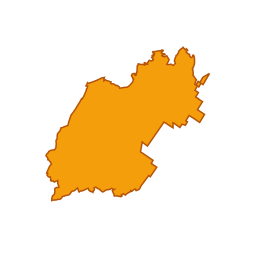 the district of Beltiug, Satu Mare, Romania, rotated 111°
{"feature_id": "2599482B21797114471165", "entity_name": "Beltiug", "entity_type": "district", "adm_level": 2, "iso_a3": "ROU", "parent_name": "Romania", "parent_adm1": "Satu Mare", "projection": "natural_earth1", "projection_center": [22.838, 47.568], "detail": "fine", "context": "isolated", "style": "filled", "palette": "amber", "viewbox_px": 256, "rotation_deg": 111, "n_neighbors": 0, "source": "geoboundaries", "source_scale": "gbopen_adm2", "svg_char_len": 5720}
<svg xmlns="http://www.w3.org/2000/svg" viewBox="0 0 256 256"><g transform="rotate(111 128 128)"><path d="M183.3,194.6L183.8,193.9L184.2,193.0L184.9,192.3L185.2,191.7L186.4,191.5L186.3,190.4L186.5,190.1L187.5,188.6L187.8,187.8L188.7,187.0L189.1,186.5L191.3,187.4L193.2,187.6L199.4,187.8L199.4,186.9L199.3,186.6L200.0,186.7L201.1,186.6L201.3,186.1L201.9,185.3L202.1,184.4L201.9,183.8L201.5,183.1L202.6,182.5L202.7,182.3L202.9,182.1L203.6,181.7L204.8,181.5L204.7,180.6L204.9,180.5L204.6,179.9L204.3,178.6L204.7,177.9L204.8,177.3L203.3,176.0L202.8,175.1L202.3,174.8L202.8,174.5L204.3,174.0L205.3,173.5L205.7,173.0L207.7,171.5L208.3,171.3L209.1,173.3L209.8,174.0L210.8,174.6L213.7,173.5L215.9,173.0L217.7,173.6L218.3,174.1L218.7,174.2L219.6,174.0L221.5,173.8L223.1,173.2L222.9,172.9L222.0,171.8L221.9,171.5L221.6,170.7L220.7,168.9L220.0,168.3L219.7,168.0L219.2,166.3L217.8,165.1L215.7,164.7L215.1,164.3L214.5,163.1L213.8,162.5L213.0,161.4L212.1,159.9L211.3,158.9L207.2,157.7L206.0,155.9L205.5,155.4L204.8,155.0L203.6,154.5L202.1,153.7L202.4,153.2L204.8,151.4L205.3,150.7L204.3,150.1L203.7,149.5L203.4,149.0L203.2,148.4L202.1,147.1L200.5,145.6L198.5,143.6L200.2,142.1L200.3,141.7L200.4,141.0L200.4,140.8L200.6,140.7L200.6,140.4L200.4,140.2L200.7,139.5L200.2,138.8L200.5,138.3L200.7,137.7L199.4,137.7L197.6,137.2L196.9,137.5L196.2,138.2L195.4,137.6L194.7,136.9L195.1,135.9L195.4,134.6L195.3,133.4L196.8,128.9L196.7,128.6L196.0,127.8L194.2,126.7L193.6,126.1L192.0,123.2L191.4,122.6L190.4,121.9L190.2,121.7L190.4,120.6L190.3,120.0L190.5,119.5L190.3,119.0L192.0,120.3L195.3,117.1L196.4,116.5L195.4,114.2L195.1,112.5L195.1,112.0L194.8,111.4L194.7,110.1L194.5,109.8L193.8,109.3L193.1,110.0L193.1,109.8L192.0,109.4L191.9,109.3L191.9,109.2L191.1,108.9L191.4,106.8L191.6,106.5L191.3,106.2L190.2,105.9L186.8,103.2L185.3,103.0L185.6,102.2L186.0,102.2L185.7,101.8L185.7,101.7L183.2,100.3L182.5,99.5L182.3,99.1L183.3,98.4L183.6,98.0L182.8,97.1L182.3,96.7L181.5,95.7L179.3,95.2L177.8,95.2L164.9,91.6L165.5,89.7L154.3,87.1L152.8,93.5L149.2,93.1L146.2,105.8L145.8,107.8L136.0,109.7L137.9,103.4L109.6,96.5L110.2,93.2L110.9,90.1L111.7,86.0L107.0,87.8L107.3,86.1L108.9,79.7L105.1,79.0L104.9,75.4L100.9,74.7L100.6,76.6L94.4,75.4L95.5,70.1L97.1,63.1L87.9,61.4L86.0,69.7L76.7,67.9L75.8,72.5L75.5,72.5L74.8,75.9L69.7,75.0L68.8,79.0L63.9,78.3L64.3,76.6L60.1,75.9L60.6,73.5L48.6,71.5L48.6,71.8L48.6,72.3L48.8,72.5L49.9,73.0L51.4,74.4L53.9,76.3L59.7,77.2L59.3,79.3L63.6,79.9L63.3,81.2L61.7,81.5L58.4,81.5L57.5,83.3L55.7,85.5L55.3,86.4L53.7,86.6L52.1,87.5L51.2,88.0L50.5,88.2L50.3,88.5L49.6,89.2L48.7,88.9L46.7,88.8L44.7,88.9L43.1,89.3L38.7,91.1L37.3,92.1L36.5,92.9L37.0,93.7L38.1,93.3L38.8,93.4L39.6,94.1L39.5,94.6L38.7,96.2L37.1,97.0L36.6,97.1L37.5,97.3L36.4,100.8L35.4,100.8L34.1,100.1L33.1,101.9L34.5,102.6L32.9,105.5L33.9,105.9L34.1,106.1L36.1,107.4L38.1,108.1L39.9,108.0L41.7,108.2L42.2,108.4L42.8,109.0L43.2,109.1L44.4,108.8L45.3,109.0L48.6,108.8L49.1,108.4L49.8,107.6L50.5,107.0L50.8,107.0L51.1,107.1L51.5,107.4L52.5,107.7L52.9,107.9L53.2,108.1L53.4,108.4L53.4,109.0L53.0,110.4L53.0,110.8L54.0,112.3L54.2,112.7L54.7,114.5L49.5,114.1L46.7,117.7L48.5,119.5L48.3,119.6L48.2,119.8L48.3,120.3L48.7,121.6L48.5,122.0L47.9,122.5L47.6,122.3L47.2,121.8L46.5,121.0L46.4,120.8L46.4,120.0L46.3,119.8L46.0,119.8L45.8,120.1L45.7,120.4L45.8,120.8L46.1,121.5L46.1,122.0L45.9,122.7L45.9,123.7L45.9,123.9L45.5,124.0L44.8,124.0L44.2,123.4L43.5,122.9L43.0,123.0L42.8,123.4L42.8,123.7L43.2,124.5L43.9,124.9L44.0,125.1L45.0,127.1L46.8,129.9L47.8,132.1L48.1,132.2L48.3,132.1L48.3,131.9L48.0,131.5L48.1,131.2L49.0,131.3L49.3,131.1L49.1,130.5L49.6,130.3L49.6,129.7L49.8,129.8L50.0,130.3L51.0,129.7L51.5,129.7L51.6,129.9L51.5,130.1L50.7,130.4L50.6,130.6L50.9,130.8L51.3,131.2L51.7,131.5L51.9,131.4L52.1,131.0L52.2,130.9L53.7,131.2L53.8,131.1L53.6,130.7L54.0,130.2L53.8,129.8L54.5,129.7L54.8,129.5L55.0,128.8L55.4,128.7L56.0,129.2L56.6,129.5L56.8,130.0L57.0,130.2L56.9,130.6L57.2,131.3L57.0,131.9L57.1,132.2L57.5,132.6L57.9,132.7L59.1,132.5L59.3,132.6L59.5,133.1L59.9,133.3L60.5,133.1L61.3,132.6L61.5,132.5L61.7,133.1L61.3,133.7L61.3,133.9L61.3,134.1L61.7,134.3L61.7,134.5L61.4,134.9L61.1,135.1L60.9,135.6L61.0,135.9L61.1,136.1L61.4,136.2L61.8,136.0L62.3,135.3L62.8,134.7L63.0,134.7L63.3,135.0L63.2,135.4L63.2,136.2L63.5,137.5L64.0,138.3L64.1,139.0L64.3,139.4L64.3,139.9L64.2,140.7L64.5,141.5L65.8,141.2L66.4,141.5L66.8,141.6L71.6,140.0L72.8,139.7L73.0,139.9L73.5,139.9L75.7,139.4L76.2,139.7L76.3,140.0L76.3,140.3L75.8,140.7L74.8,140.8L74.9,141.3L74.8,141.9L75.4,142.3L75.8,143.2L76.2,143.5L78.0,143.5L78.3,143.1L78.2,142.7L78.6,142.6L78.9,142.3L79.3,141.6L80.3,141.2L80.4,140.9L80.3,140.4L83.2,140.1L87.7,141.7L89.7,143.0L90.4,143.6L91.1,145.4L93.3,149.1L93.8,150.1L93.1,150.6L92.9,150.8L92.6,151.6L92.3,152.4L92.2,154.0L92.8,154.4L92.6,154.8L92.2,156.2L92.0,157.2L92.2,158.2L92.7,159.4L92.7,159.7L92.6,160.0L91.0,160.4L91.3,161.1L91.1,162.5L91.2,163.7L91.4,164.2L91.4,164.9L91.1,166.3L92.6,167.4L90.8,168.0L89.2,168.1L89.4,168.5L89.8,168.9L90.2,169.5L90.2,169.9L90.3,170.0L95.4,175.0L99.0,179.1L99.7,180.1L100.1,180.3L100.5,180.9L100.4,181.7L100.2,182.0L100.6,182.1L101.3,182.0L103.8,182.3L103.3,180.7L105.2,180.4L106.3,180.7L107.2,180.7L107.5,180.4L108.1,180.4L114.6,180.7L117.7,181.4L117.5,181.9L120.4,182.2L127.5,183.6L128.4,183.6L130.5,184.2L133.2,184.8L136.2,185.8L143.5,185.5L147.3,185.0L148.1,186.2L151.5,189.9L151.8,190.6L153.4,190.5L155.3,190.6L156.9,191.2L158.6,191.7L160.1,191.5L162.6,190.6L163.4,190.4L164.2,190.4L165.0,190.7L165.8,190.6L168.5,189.3L172.6,188.2L174.5,188.7L174.9,188.9L175.0,189.2L175.1,189.7L176.4,191.9L177.3,192.8L178.4,193.6L179.7,193.7L181.2,194.4L181.9,194.6L183.3,194.6Z" fill="#f59e0b" stroke="#b45309" stroke-width="1.5"/></g></svg>